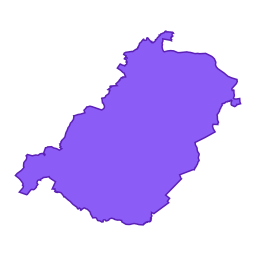 Hodosa, Mures, Romania (Natural Earth projection)
{"feature_id": "2599482B90961317580174", "entity_name": "Hodosa", "entity_type": "district", "adm_level": 2, "iso_a3": "ROU", "parent_name": "Romania", "parent_adm1": "Mures", "projection": "natural_earth1", "projection_center": [24.814, 46.646], "detail": "fine", "context": "isolated", "style": "filled", "palette": "violet", "viewbox_px": 256, "rotation_deg": 0, "n_neighbors": 0, "source": "geoboundaries", "source_scale": "gbopen_adm2", "svg_char_len": 5762}
<svg xmlns="http://www.w3.org/2000/svg" viewBox="0 0 256 256"><path d="M168.7,202.7L167.4,201.2L169.6,198.3L165.6,195.1L181.4,178.9L181.2,178.8L179.6,174.8L193.2,169.6L194.3,169.8L195.1,167.6L195.4,167.7L197.6,163.7L197.9,162.2L199.1,160.6L199.0,160.0L198.5,158.7L198.3,157.7L198.8,155.5L199.1,155.0L199.1,153.8L197.7,151.7L197.1,149.5L197.1,148.1L196.4,146.6L195.5,145.2L195.0,142.5L205.2,137.4L215.1,131.9L213.3,128.9L212.5,126.2L213.1,124.3L217.8,124.5L217.6,123.9L217.7,123.4L218.2,123.1L218.5,122.3L217.5,120.0L217.3,115.9L217.0,115.2L217.2,114.4L217.9,113.8L218.2,113.2L219.6,110.9L219.6,110.1L219.8,109.5L220.6,108.3L221.2,106.6L222.0,105.6L222.2,105.1L222.0,104.3L222.0,103.9L222.7,103.5L223.9,103.5L224.3,103.2L224.4,102.9L225.2,102.8L226.1,101.8L227.3,101.9L227.9,101.6L228.0,101.3L229.7,101.3L230.0,100.5L231.4,100.1L231.9,100.8L231.4,101.5L231.2,102.3L231.1,104.2L231.5,105.1L234.2,106.4L234.7,106.6L235.3,106.3L236.6,105.3L236.9,104.4L237.4,104.6L240.6,103.7L239.9,101.9L239.7,98.5L236.0,99.1L234.0,98.8L233.4,98.2L234.3,95.9L234.3,94.8L234.0,93.5L233.9,90.2L233.7,90.0L232.4,90.5L231.8,89.0L232.1,88.3L236.2,83.8L236.7,82.9L237.3,81.3L237.0,80.3L237.0,79.5L231.7,77.9L227.9,76.3L224.2,73.1L218.0,68.8L216.4,67.0L215.5,65.0L215.8,62.2L214.4,58.9L212.4,56.9L211.2,56.1L205.7,53.4L199.5,53.7L197.9,53.4L194.9,53.6L190.3,52.4L188.7,52.3L186.9,51.9L179.7,52.6L177.8,52.6L173.7,50.9L170.7,50.6L167.8,50.9L164.2,51.8L163.4,51.1L162.8,50.0L162.2,47.8L162.1,46.0L162.5,44.7L162.1,43.5L162.1,43.1L162.9,41.0L162.9,39.7L162.8,38.9L170.8,40.3L171.1,40.7L171.5,40.8L171.4,40.0L171.7,39.5L170.9,38.5L170.8,38.0L171.0,37.6L171.7,37.2L171.5,36.7L172.7,36.2L172.8,36.1L172.4,35.9L172.2,35.3L172.0,34.6L172.1,34.0L172.6,33.1L173.4,33.2L173.1,32.6L172.4,32.2L171.9,32.4L170.9,32.0L170.4,32.1L167.6,31.8L167.0,32.0L166.2,31.9L165.9,31.1L165.1,31.4L164.3,32.5L163.7,32.9L162.4,33.3L161.8,33.8L161.0,33.8L160.2,34.9L159.2,35.1L159.3,35.3L159.7,35.6L159.1,35.9L158.9,36.5L157.5,37.6L156.5,39.5L155.9,39.5L155.4,39.8L155.4,40.6L154.9,41.5L154.0,42.1L153.4,42.2L153.1,42.7L152.6,42.3L152.0,42.7L151.2,42.1L151.1,41.9L151.4,41.4L150.6,41.3L148.8,39.3L148.3,38.4L147.6,37.9L147.1,37.9L146.8,38.1L146.6,39.9L146.5,40.0L145.1,40.4L144.0,40.2L143.8,39.3L143.4,39.2L141.9,40.9L141.1,42.1L140.1,42.8L139.7,43.3L139.4,43.7L139.2,45.0L137.8,47.4L138.1,47.6L137.5,48.4L136.9,48.8L136.9,49.2L135.6,49.5L132.7,51.6L132.0,51.4L125.5,52.4L124.2,53.2L123.7,54.5L124.4,54.7L125.0,55.3L126.0,55.7L126.1,55.9L125.8,56.5L126.0,57.1L126.7,57.4L127.1,57.9L127.1,58.0L126.0,57.6L125.3,57.6L124.5,58.3L124.3,58.8L124.4,59.0L124.9,58.9L126.4,59.9L126.6,61.1L126.1,61.9L127.1,62.1L127.0,62.5L126.7,62.7L126.8,63.0L126.7,63.4L126.7,64.1L125.5,64.9L125.3,65.5L124.5,65.9L124.1,65.4L122.8,65.3L120.2,64.0L117.3,68.1L120.7,70.3L123.0,72.5L124.3,73.2L124.7,74.8L125.6,76.3L125.6,77.0L122.9,76.9L122.7,77.9L121.3,77.6L120.8,78.5L119.3,80.2L119.6,80.4L115.9,83.9L116.3,84.7L117.1,85.6L110.3,86.1L110.1,86.5L111.2,87.0L108.0,89.6L109.9,90.2L109.4,91.6L109.1,91.9L109.2,92.4L108.7,93.7L105.9,95.7L105.1,97.4L103.5,98.0L101.9,98.1L101.7,98.3L102.0,99.1L102.5,102.9L103.1,103.0L104.4,105.9L104.4,107.2L104.2,107.9L103.5,108.8L101.7,110.0L92.1,106.7L89.9,106.2L87.5,106.9L87.0,106.8L86.6,107.1L86.3,107.7L84.9,109.4L84.0,110.2L84.9,112.8L80.4,114.2L78.0,114.5L74.9,115.6L73.7,115.8L73.9,116.4L73.4,119.6L72.5,120.6L72.1,121.5L70.5,123.1L69.3,126.2L68.1,127.6L67.0,130.7L66.2,132.1L65.6,133.9L65.0,136.8L63.7,138.6L63.0,139.2L61.6,140.6L61.5,141.1L61.0,141.6L61.2,142.0L61.1,142.4L60.6,143.1L60.5,143.9L59.9,144.0L60.2,144.5L59.9,145.0L59.9,145.3L60.9,146.6L59.9,147.3L60.2,147.7L61.8,148.7L59.4,150.2L56.5,148.6L53.5,147.9L51.6,146.7L47.7,146.9L46.9,147.5L45.5,147.8L43.8,152.6L44.3,153.7L45.0,154.4L45.0,154.8L44.6,155.3L42.8,153.5L42.3,153.4L40.1,153.8L38.1,155.3L35.8,155.0L32.3,155.8L27.4,154.5L26.1,155.9L26.8,156.8L26.5,158.9L26.2,159.5L26.0,159.9L24.4,161.8L23.8,162.8L23.5,165.8L23.5,166.4L24.0,167.1L23.4,168.2L21.5,170.3L17.1,173.5L15.4,175.5L18.7,178.1L20.4,179.8L23.0,183.5L23.0,184.1L22.8,184.9L22.5,185.2L23.0,185.8L23.4,186.0L23.1,187.7L19.3,192.1L26.6,194.7L27.3,194.4L29.9,191.0L31.1,189.7L31.7,189.4L33.4,189.7L34.2,189.4L35.1,188.6L36.3,187.3L36.4,186.3L37.9,184.4L37.0,183.2L37.0,182.2L37.4,181.0L38.1,180.2L39.0,179.9L40.6,180.3L40.5,179.3L42.8,178.1L43.3,177.5L46.5,177.2L49.1,176.6L49.4,177.6L52.0,179.5L55.5,181.7L52.2,189.0L54.9,188.9L54.9,189.3L54.4,189.5L54.9,189.8L55.5,190.7L55.1,190.9L54.8,191.5L56.2,192.1L56.2,192.3L57.5,192.4L57.5,191.9L60.1,192.4L61.1,192.8L62.9,195.0L64.1,197.0L64.8,196.7L65.6,197.6L68.4,200.1L70.0,201.2L73.0,204.4L76.8,207.1L77.6,208.7L78.0,208.9L78.4,208.9L79.3,208.0L79.5,208.1L80.9,209.2L80.5,210.0L80.9,210.3L82.5,208.9L84.2,207.9L84.7,208.0L86.2,208.9L87.2,209.1L89.8,211.6L90.5,212.9L90.5,213.7L92.8,217.9L95.5,217.6L96.4,218.1L97.6,220.4L98.0,220.6L99.8,220.8L101.8,222.0L103.1,221.8L103.2,221.3L103.0,220.7L103.1,220.3L103.5,220.0L104.1,219.8L105.0,219.8L105.9,220.9L107.0,220.8L108.8,220.0L109.3,219.1L109.7,218.8L111.5,218.2L114.1,218.8L114.3,219.3L116.1,219.8L117.5,220.1L119.8,220.0L120.7,220.4L121.6,220.5L121.9,221.9L126.0,224.3L128.9,224.5L130.3,224.4L131.9,223.9L134.2,223.5L136.8,224.0L138.9,224.6L143.2,224.9L143.6,224.5L143.8,223.8L144.2,223.9L144.3,223.5L145.2,223.2L145.4,222.5L146.6,222.5L146.8,222.4L146.8,221.9L147.0,221.8L147.5,222.1L147.9,221.6L149.3,221.8L149.6,221.6L150.1,221.5L150.0,221.3L150.5,221.1L150.4,220.7L150.7,220.6L151.1,220.1L150.7,219.5L151.2,219.1L151.2,218.9L150.8,218.8L151.2,218.3L150.6,217.9L150.6,217.7L151.2,217.4L151.3,216.9L151.7,216.5L151.7,216.2L151.8,215.4L151.4,215.1L151.3,214.8L151.5,213.7L151.7,213.2L151.6,212.5L153.9,213.6L168.7,202.7Z" fill="#8b5cf6" stroke="#5b21b6" stroke-width="1.5"/></svg>